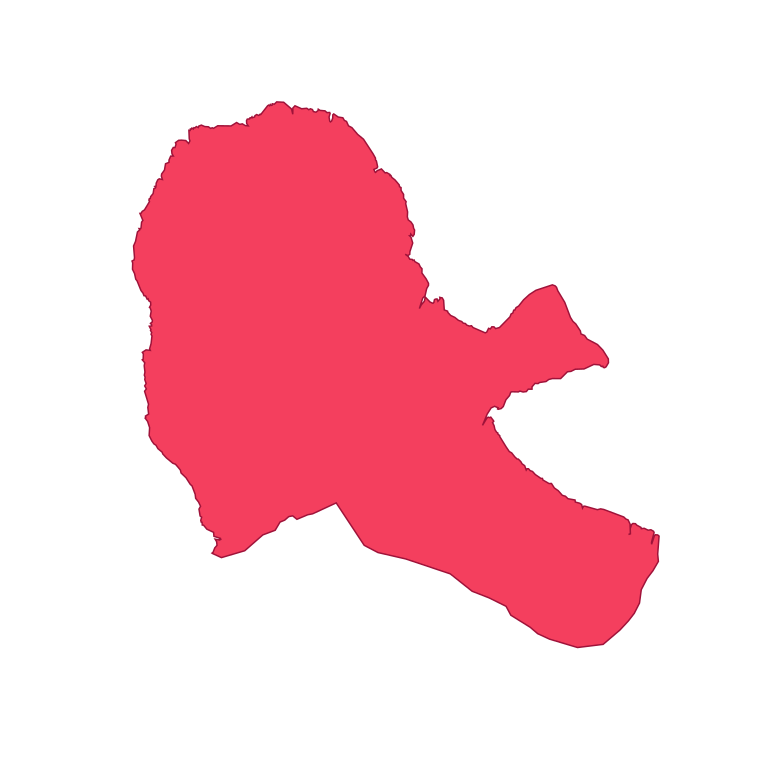 North Erromango, Tafea, Vanuatu, rotated 349°
{"feature_id": "77236927B15473640252363", "entity_name": "North Erromango", "entity_type": "district", "adm_level": 2, "iso_a3": "VUT", "parent_name": "Vanuatu", "parent_adm1": "Tafea", "projection": "equal_earth", "projection_center": [169.132, -18.762], "detail": "fine", "context": "isolated", "style": "filled", "palette": "rose", "viewbox_px": 768, "rotation_deg": 349, "n_neighbors": 0, "source": "geoboundaries", "source_scale": "gbopen_adm2", "svg_char_len": 6113}
<svg xmlns="http://www.w3.org/2000/svg" viewBox="0 0 768 768"><g transform="rotate(349 384 384)"><path d="M625.0,585.8L623.9,584.4L621.8,583.8L620.5,584.5L616.1,592.4L616.4,590.4L620.8,581.4L620.5,580.0L618.2,578.0L615.4,577.9L611.9,575.3L609.0,575.1L608.9,573.8L605.2,570.8L604.2,569.1L601.7,568.4L600.2,569.2L598.1,573.0L597.3,578.1L595.3,578.4L597.3,577.8L598.8,568.4L597.7,564.0L595.7,562.7L594.0,560.3L575.8,549.1L572.8,547.9L569.5,548.1L557.8,542.2L556.6,542.1L555.2,543.7L555.0,540.0L553.4,538.4L549.3,536.4L549.4,534.3L542.7,531.7L540.7,528.8L537.8,527.3L534.7,522.0L531.4,518.6L529.4,513.6L527.0,513.2L521.7,508.6L521.5,506.9L520.0,506.6L515.2,501.7L513.1,498.2L510.9,496.9L509.7,494.8L508.3,494.5L507.2,495.6L506.5,491.0L504.3,488.7L503.5,486.3L501.5,483.3L500.4,483.1L498.5,480.5L496.2,476.0L494.1,474.2L491.9,469.1L487.6,457.7L487.8,456.9L486.2,454.7L486.4,453.8L485.3,452.8L484.2,449.8L484.1,445.9L483.2,442.6L484.6,441.6L484.5,440.9L482.5,436.9L481.2,437.2L479.9,436.4L478.5,437.1L472.8,443.4L479.5,433.3L484.6,427.9L488.3,427.0L491.5,429.1L490.7,430.1L491.2,430.6L494.3,430.5L496.8,428.9L500.7,422.7L505.0,419.3L506.8,416.3L507.9,416.0L514.4,417.4L516.1,416.9L519.0,418.4L522.3,418.6L524.6,416.6L528.3,417.3L528.8,415.0L532.3,412.2L535.3,413.0L537.0,412.2L543.5,412.5L546.6,411.0L550.3,410.8L558.4,412.4L566.4,407.0L569.9,407.3L574.5,406.0L583.3,407.4L593.7,404.8L599.4,406.4L600.7,408.3L602.2,408.3L602.4,409.6L603.7,410.1L605.3,409.5L608.4,406.0L609.0,402.1L605.3,392.5L601.1,386.0L592.0,378.7L590.2,374.7L586.9,372.4L586.9,369.4L583.7,361.6L581.4,358.6L579.7,354.1L577.0,338.3L572.4,325.7L571.8,322.0L570.7,320.3L568.2,318.8L551.0,321.0L543.8,323.9L537.1,328.0L531.0,333.2L528.2,334.2L526.5,336.4L525.4,336.3L524.0,338.9L522.1,339.5L520.5,342.1L508.1,350.6L504.1,350.9L502.9,348.9L500.8,348.4L498.9,350.2L497.3,349.3L494.7,352.7L493.1,353.1L482.2,345.6L481.0,343.5L478.8,343.4L476.4,341.9L475.5,340.2L473.4,339.4L472.2,337.5L469.2,335.7L466.2,332.1L462.5,329.4L460.4,326.0L460.3,324.6L457.3,322.8L458.5,313.2L457.6,310.6L455.3,309.6L455.3,311.0L452.7,313.1L452.3,310.6L450.4,310.5L449.5,311.0L448.5,313.5L447.4,314.1L444.9,312.4L441.1,306.5L439.4,310.5L435.8,313.3L433.1,316.7L438.4,307.1L441.1,305.3L444.1,298.5L446.5,295.7L446.9,293.7L445.4,288.8L442.4,282.3L443.3,278.1L442.0,276.0L441.2,272.8L437.6,269.7L437.2,268.0L436.0,268.2L435.5,267.1L433.1,266.4L432.1,263.4L429.6,260.7L431.9,262.5L434.0,261.7L434.7,259.0L439.1,251.1L438.5,245.0L437.3,243.3L438.5,243.2L438.9,241.9L440.5,244.6L442.2,242.9L443.4,238.7L442.8,236.9L442.8,233.4L441.4,230.1L439.1,227.5L438.8,224.4L440.0,219.6L439.7,211.1L440.5,209.2L438.7,205.4L439.4,201.6L437.7,197.3L438.2,194.4L436.9,193.3L436.9,191.4L433.7,185.7L431.1,182.7L430.6,180.7L429.6,180.5L429.9,179.5L427.0,177.0L425.4,177.0L422.5,172.4L418.0,173.3L416.1,174.7L415.5,174.0L415.0,171.4L418.1,170.8L419.2,169.7L419.1,163.6L418.4,162.4L418.7,160.6L417.2,156.0L410.6,139.8L405.8,134.0L401.4,126.2L398.4,123.8L397.3,119.1L395.4,117.7L394.4,114.8L390.0,113.2L386.2,109.3L385.1,110.0L384.4,113.2L382.7,115.9L381.4,116.5L380.9,115.7L381.0,111.5L382.7,108.2L382.5,107.1L379.8,106.7L378.2,104.6L373.4,103.2L371.9,101.7L371.3,103.1L369.0,104.2L366.7,103.1L366.1,100.9L364.3,99.8L362.5,100.4L360.8,98.6L355.7,98.1L349.7,93.9L347.2,95.7L345.9,101.8L345.7,96.4L339.3,88.3L332.5,86.6L329.7,88.4L327.8,87.6L327.3,89.0L326.4,89.0L325.7,87.9L324.8,89.0L324.0,88.2L322.8,88.7L314.4,96.0L313.9,95.5L312.3,96.5L310.4,95.2L308.5,96.0L307.9,97.2L305.7,97.5L305.4,96.5L304.4,97.4L303.3,97.1L302.7,98.1L300.3,97.9L299.3,99.2L298.9,102.1L300.0,104.7L297.2,103.9L294.6,101.6L291.9,101.6L289.2,99.2L283.1,101.5L270.1,98.8L265.4,100.5L264.3,99.7L262.6,100.0L260.7,98.0L257.2,97.1L254.1,95.0L251.4,95.5L250.6,96.8L248.9,95.5L247.3,96.5L246.3,96.1L245.4,97.3L244.3,96.1L243.5,97.0L242.6,96.7L242.1,98.1L240.9,97.7L239.6,106.3L239.9,108.3L238.1,110.6L235.9,107.2L231.8,106.0L228.9,105.6L225.3,107.3L225.6,108.9L224.0,112.0L222.3,111.6L220.1,114.0L219.8,117.6L220.7,120.0L218.1,119.6L215.7,123.1L215.2,125.4L211.6,126.1L209.3,132.1L205.8,135.4L205.1,137.4L205.5,141.0L202.5,139.7L200.9,140.4L198.7,143.4L198.0,146.2L196.7,146.3L197.4,147.4L197.0,148.0L195.4,148.3L193.7,153.0L190.7,155.5L189.9,157.3L188.8,157.5L188.3,158.8L188.6,160.2L182.1,167.4L179.6,168.4L177.9,170.2L177.0,170.0L178.5,177.4L176.9,178.9L175.3,184.3L174.7,185.1L173.2,184.7L173.6,186.1L171.0,187.7L167.3,196.6L164.5,200.7L163.2,212.3L162.4,214.5L160.1,215.2L160.4,217.2L159.0,223.4L160.2,228.0L160.3,233.7L161.3,235.7L163.3,245.9L164.8,248.9L165.2,251.5L166.8,252.1L167.7,255.5L168.7,255.3L168.9,257.3L170.5,259.1L170.1,262.0L168.4,264.0L169.0,264.7L169.4,268.0L167.5,272.9L168.8,277.3L168.3,278.9L166.3,279.9L167.2,281.5L167.0,282.7L164.6,282.5L165.6,286.0L165.0,286.9L165.8,289.1L164.8,290.8L165.4,292.5L163.1,299.8L160.6,304.8L161.0,306.4L156.9,305.1L152.8,306.8L153.5,308.5L153.0,310.8L152.3,313.7L151.3,314.1L153.2,317.5L152.1,320.3L151.6,326.7L150.4,329.6L150.8,331.7L150.0,334.0L150.6,338.1L148.7,340.2L149.8,343.5L147.6,345.4L149.0,358.9L147.7,361.9L147.2,368.6L143.7,370.0L143.7,371.5L143.0,371.9L144.8,375.6L145.6,382.1L143.6,389.8L145.2,395.6L146.7,398.9L148.5,400.6L149.7,404.3L153.2,408.6L153.5,410.5L156.3,415.0L161.5,421.4L164.0,423.0L165.8,426.1L167.7,429.6L167.8,432.6L171.8,438.3L174.7,445.6L176.1,447.4L177.6,456.2L177.3,460.3L179.4,464.4L180.6,469.0L178.5,471.5L178.3,478.5L179.6,479.9L178.1,482.9L178.2,484.7L179.0,485.0L178.7,487.8L179.9,488.1L182.4,492.7L188.4,497.1L188.0,501.1L194.0,504.3L194.1,505.3L192.2,504.9L193.6,506.1L188.6,504.1L189.6,506.8L189.3,510.5L186.6,512.6L184.0,516.7L182.9,517.2L183.5,517.8L191.3,523.4L215.5,521.1L236.3,509.0L249.3,506.8L255.6,499.7L260.6,498.7L265.2,496.0L269.2,496.0L272.7,500.2L284.2,497.8L289.2,497.8L314.4,491.6L333.8,538.6L345.9,548.3L371.8,559.8L412.8,583.0L431.0,604.3L446.2,613.9L461.4,625.5L464.4,635.2L481.1,650.7L487.2,658.4L497.9,666.1L523.7,679.6L549.4,681.4L568.7,670.5L578.7,663.2L585.9,656.9L593.0,647.8L597.3,635.0L605.2,625.0L612.3,618.7L619.5,610.5L620.2,603.2L625.0,585.8Z" fill="#f43f5e" stroke="#9f1239" stroke-width="1.5"/></g></svg>